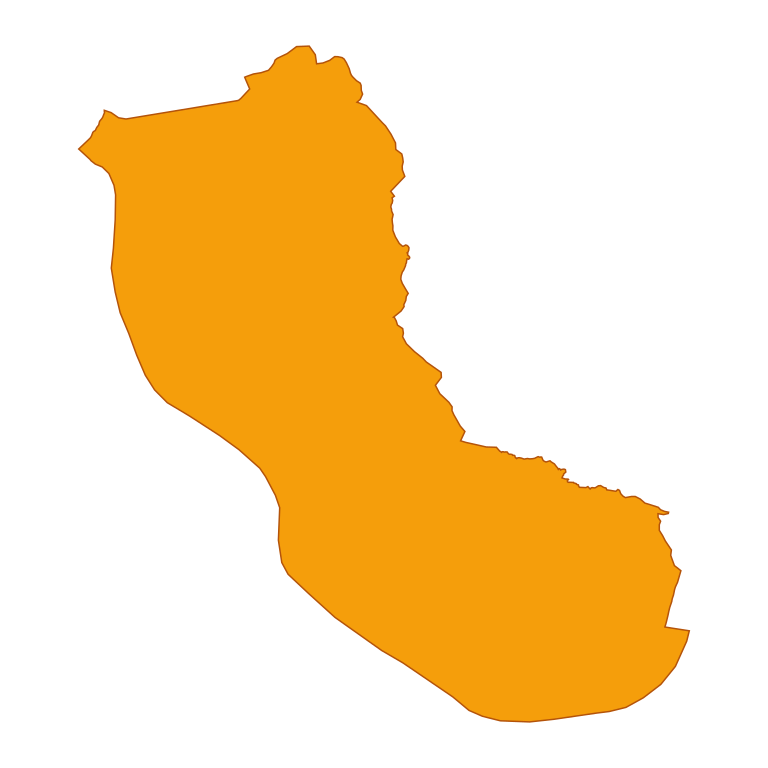 Svinita, Mehedinti, Romania
{"feature_id": "2599482B92352597607392", "entity_name": "Svinita", "entity_type": "district", "adm_level": 2, "iso_a3": "ROU", "parent_name": "Romania", "parent_adm1": "Mehedinti", "projection": "equal_earth", "projection_center": [22.119, 44.547], "detail": "fine", "context": "isolated", "style": "filled", "palette": "amber", "viewbox_px": 768, "rotation_deg": 0, "n_neighbors": 0, "source": "geoboundaries", "source_scale": "gbopen_adm2", "svg_char_len": 4408}
<svg xmlns="http://www.w3.org/2000/svg" viewBox="0 0 768 768"><path d="M403.1,161.2L403.0,160.4L402.7,157.9L401.8,154.0L395.8,149.5L395.5,142.9L391.0,134.2L385.5,125.9L382.4,122.8L379.9,120.1L366.5,105.6L357.0,102.2L360.2,99.4L362.6,94.1L361.3,90.4L361.1,85.4L360.2,83.1L356.5,80.7L352.8,77.0L351.5,75.4L350.5,73.3L349.2,68.7L346.4,62.7L344.1,59.0L342.1,57.6L337.9,56.7L334.7,56.6L334.0,57.1L329.8,60.3L322.9,63.0L316.6,63.8L316.4,62.4L315.3,54.7L309.2,46.1L296.5,46.6L296.0,47.0L287.2,53.6L277.3,58.3L275.1,60.1L274.0,63.2L271.6,66.7L268.5,70.3L261.1,72.7L253.4,74.0L246.4,76.5L244.7,77.2L245.3,78.7L249.7,89.0L246.1,92.8L243.8,95.3L240.9,98.4L238.6,100.3L237.0,100.7L126.0,119.0L118.6,117.8L118.0,117.4L114.3,114.8L111.1,112.6L104.3,110.3L104.3,111.2L104.5,112.8L103.8,114.3L102.8,117.0L102.0,118.4L99.6,121.3L98.7,125.0L96.8,127.4L95.9,129.2L95.8,129.5L95.4,130.3L94.7,130.9L93.6,131.5L92.8,132.4L92.2,134.1L91.5,135.9L90.5,137.7L88.4,139.8L78.7,149.0L90.0,159.4L91.1,160.8L95.3,164.1L102.3,167.0L108.9,173.5L114.0,185.3L115.6,194.9L115.2,220.0L113.4,248.3L111.3,268.1L115.2,292.0L120.2,312.8L128.8,333.5L136.7,355.1L145.3,375.2L154.6,389.9L167.3,402.7L189.5,416.0L219.4,435.4L239.0,449.7L259.8,468.2L265.6,476.7L275.4,495.3L279.7,507.7L278.4,540.2L281.8,562.6L288.1,574.3L308.6,593.5L335.0,617.4L381.7,650.5L402.8,662.8L452.8,696.9L469.0,710.4L482.5,716.3L500.4,720.8L529.6,721.9L553.7,719.3L596.4,713.1L609.3,711.5L625.9,707.4L643.3,697.8L660.9,684.3L675.4,666.4L686.7,641.2L689.3,630.8L684.1,630.0L672.4,628.2L664.9,627.0L665.0,626.4L665.5,625.1L666.3,622.2L667.2,618.5L668.0,615.2L668.9,610.9L669.3,609.3L669.7,607.6L670.5,605.2L671.3,602.9L671.8,601.3L672.0,599.9L672.4,598.2L673.4,595.3L673.6,594.4L674.3,591.0L674.5,589.9L675.3,587.2L676.5,584.5L677.5,582.4L678.2,580.0L680.9,570.7L678.5,568.8L674.4,565.6L671.8,558.5L670.7,555.3L671.4,550.0L666.7,543.0L665.3,540.9L662.7,535.8L659.3,530.3L659.3,524.7L660.6,521.2L658.1,517.5L658.0,513.7L663.6,514.6L668.3,513.5L668.6,512.2L664.5,511.4L660.5,509.7L658.3,507.3L648.6,504.2L644.9,503.1L640.2,499.0L635.3,496.5L631.5,496.5L625.3,497.6L622.8,496.0L620.7,493.6L619.5,490.4L617.9,489.5L616.5,490.7L615.9,491.3L609.9,490.3L606.8,489.9L606.0,488.0L603.8,487.5L600.6,485.6L598.4,485.8L595.4,487.7L594.3,487.9L592.1,487.6L591.1,487.9L590.1,489.0L587.9,486.6L585.9,487.6L579.4,487.3L578.6,486.0L578.4,484.9L577.5,484.6L576.5,484.3L576.2,483.6L573.7,482.9L573.5,482.4L572.4,482.4L570.3,482.3L568.3,482.3L567.5,481.8L567.4,480.3L568.5,479.6L568.1,479.1L565.2,479.0L562.0,477.9L562.8,475.8L563.5,475.1L563.8,473.8L565.8,472.1L565.4,469.6L564.0,469.1L561.8,469.4L560.6,470.0L560.0,469.0L559.1,468.6L558.3,469.4L557.6,468.0L556.2,466.3L554.4,463.9L551.2,461.9L550.0,460.8L548.0,461.4L546.0,462.0L544.1,461.2L543.0,460.2L542.1,458.1L541.8,457.2L541.4,457.0L540.4,457.0L540.0,457.2L539.5,457.2L538.5,456.7L538.0,456.7L536.9,457.2L534.7,458.3L532.5,458.7L529.8,458.9L527.4,458.5L524.1,459.1L521.4,458.1L519.2,457.7L517.9,457.8L516.7,458.6L516.2,457.9L515.6,457.9L515.0,456.8L515.0,456.1L514.6,455.5L513.6,455.2L512.7,455.4L512.1,454.5L510.5,454.2L509.5,454.3L508.4,453.7L507.6,452.6L507.2,452.0L505.4,451.9L504.2,452.1L503.6,451.8L502.4,451.7L501.5,452.4L501.1,452.0L500.8,451.6L499.8,451.2L496.4,447.3L486.3,447.0L478.4,445.2L465.8,442.4L460.6,440.8L463.7,434.1L464.9,431.5L460.2,426.0L455.8,418.2L453.8,414.7L452.0,410.6L452.1,406.8L450.5,404.6L448.9,402.3L439.8,393.7L435.4,385.3L439.4,380.0L441.4,377.4L441.1,372.4L426.3,362.0L422.8,358.3L420.8,356.7L414.4,351.6L406.4,343.8L404.2,339.7L402.6,336.8L403.4,333.2L402.7,328.6L398.7,325.9L397.5,325.1L396.2,320.9L394.4,317.5L393.5,317.2L401.1,311.0L404.1,306.6L403.8,304.7L404.8,302.6L405.8,300.4L406.3,296.5L408.2,293.4L405.2,288.4L402.3,283.4L400.8,279.3L401.1,275.9L402.3,272.1L403.7,270.0L405.5,265.8L405.8,263.8L406.4,262.9L406.6,260.8L407.1,258.8L408.6,259.2L409.5,258.4L409.7,257.3L409.1,256.3L407.6,255.0L407.8,253.7L407.1,252.9L407.9,252.3L408.7,250.2L409.0,247.8L408.2,246.4L407.0,245.4L405.7,245.0L403.4,246.2L402.6,246.3L399.3,243.5L395.4,236.9L393.6,232.3L392.8,230.2L392.9,225.8L392.4,222.7L392.1,219.2L392.6,217.1L393.1,214.6L391.6,211.0L391.5,209.1L390.8,207.0L391.3,204.5L392.2,203.0L392.7,200.5L392.1,197.8L394.4,196.2L390.7,191.3L396.0,185.7L399.8,181.7L404.8,176.4L402.4,170.0L402.3,168.1L402.2,166.2L402.7,164.0L403.2,161.9L403.1,161.2Z" fill="#f59e0b" stroke="#b45309" stroke-width="1.5"/></svg>